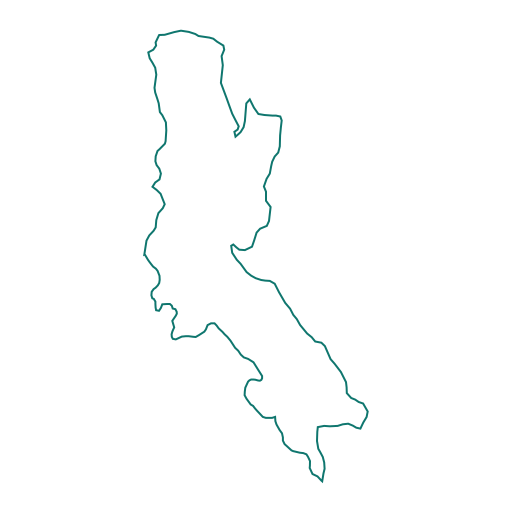 Beluru, Sarawak, Malaysia
{"feature_id": "92858781B6450115296433", "entity_name": "Beluru", "entity_type": "district", "adm_level": 2, "iso_a3": "MYS", "parent_name": "Malaysia", "parent_adm1": "Sarawak", "projection": "robinson", "projection_center": [114.255, 3.561], "detail": "fine", "context": "isolated", "style": "outline", "palette": "teal", "viewbox_px": 512, "rotation_deg": 0, "n_neighbors": 0, "source": "geoboundaries", "source_scale": "gbopen_adm2", "svg_char_len": 3252}
<svg xmlns="http://www.w3.org/2000/svg" viewBox="0 0 512 512"><path d="M172.3,320.9L174.2,327.4L173.0,330.0L172.3,331.7L171.6,334.3L171.8,336.8L172.8,338.8L175.8,339.4L181.8,336.6L185.8,336.2L188.6,336.2L193.4,336.8L195.7,337.0L199.0,335.1L204.3,331.7L205.9,329.4L207.6,325.1L211.1,323.3L214.5,323.3L216.6,325.5L218.7,328.4L222.5,331.9L224.6,334.3L227.3,336.8L230.5,340.7L235.1,347.8L238.2,350.7L240.8,354.6L243.8,357.4L248.1,358.9L253.5,362.3L258.1,369.7L262.1,376.0L262.1,378.3L261.3,379.9L259.9,380.7L258.1,380.5L255.2,379.7L253.1,379.5L251.2,379.5L249.5,380.3L248.1,381.6L246.9,384.2L245.3,387.7L244.8,391.6L244.6,395.2L246.5,398.7L250.7,404.5L253.1,405.9L254.9,408.3L256.9,410.6L262.8,416.9L265.9,417.9L272.0,417.9L275.1,416.9L275.4,421.2L276.5,424.5L279.6,430.0L282.0,433.3L282.9,437.4L282.9,440.6L284.6,444.1L291.5,450.4L293.1,451.1L299.8,452.7L303.3,453.1L306.4,454.3L308.0,456.8L310.0,461.1L309.9,465.8L309.7,468.0L312.5,474.0L317.5,476.4L321.3,480.5L322.2,481.3L323.5,473.3L324.6,468.8L324.2,462.5L322.8,457.0L320.3,452.3L318.3,448.8L317.0,441.0L317.3,431.8L317.8,427.1L324.2,425.9L329.8,426.3L337.7,425.9L342.8,424.3L348.2,423.7L352.8,425.6L356.3,427.7L360.4,428.6L363.3,422.5L366.6,417.0L367.7,411.5L363.1,403.5L358.7,402.0L355.2,399.6L351.2,398.0L346.8,393.1L346.6,387.3L346.0,382.1L340.9,372.0L334.4,363.5L330.6,359.2L324.9,346.1L321.4,342.7L315.2,341.5L311.7,337.2L307.1,333.5L300.1,325.0L296.8,319.1L293.3,314.9L290.1,308.7L285.2,302.9L279.0,292.2L274.7,283.7L269.8,280.9L265.2,280.6L261.2,280.0L255.7,278.2L251.2,275.7L246.6,272.1L240.6,263.8L236.8,259.8L232.2,252.8L231.2,245.8L233.3,244.5L236.3,247.3L239.3,249.7L244.9,250.1L252.0,246.7L254.1,240.6L256.6,232.6L260.1,228.7L266.8,225.9L269.0,221.0L270.6,207.0L266.0,200.8L266.0,191.7L263.9,186.5L266.6,178.8L269.8,173.6L271.2,166.0L272.2,161.7L274.7,156.5L278.2,152.6L279.8,146.4L280.1,135.4L280.9,127.2L281.7,120.5L280.3,116.5L276.0,115.6L272.5,115.6L264.4,115.0L258.4,114.0L253.9,107.6L249.8,99.4L246.3,103.4L245.7,111.0L244.9,121.1L243.6,127.2L240.6,132.1L238.7,133.9L235.5,136.7L234.4,131.8L237.6,129.6L238.7,126.3L235.5,120.2L232.2,113.7L229.0,104.9L226.6,98.2L220.9,82.9L222.8,65.2L221.6,56.1L223.2,52.2L224.2,49.7L223.4,45.6L217.1,41.7L213.3,38.7L209.4,37.6L198.5,36.0L195.3,34.0L188.8,31.9L181.0,30.7L179.4,31.0L174.2,32.1L164.7,34.8L159.2,35.0L158.9,35.5L155.6,42.4L156.1,45.6L153.3,49.7L148.3,52.4L149.7,58.3L152.5,62.8L155.2,67.7L156.3,74.7L154.5,87.8L155.2,92.5L157.3,98.8L158.7,103.3L159.9,112.1L162.3,115.2L165.9,122.4L166.3,130.4L165.6,141.2L164.9,143.7L159.5,149.2L157.5,151.0L155.7,156.3L155.4,161.3L156.6,165.1L159.3,168.7L160.9,173.6L159.5,179.4L155.2,182.5L152.5,186.8L156.8,190.1L160.6,193.8L164.7,204.2L162.8,208.2L158.4,213.1L156.3,220.1L155.7,227.4L153.6,230.8L149.3,235.4L146.5,240.6L144.3,254.7L144.8,254.5L147.9,259.7L149.3,261.7L151.2,264.2L153.1,266.6L155.9,268.7L157.6,270.9L159.5,275.8L159.7,279.9L159.2,283.0L157.8,285.4L155.6,287.7L153.6,289.1L151.7,291.8L151.4,295.3L152.3,298.3L153.8,298.9L155.4,301.6L155.4,303.8L155.6,307.5L156.1,310.2L159.0,310.8L160.9,307.9L162.3,304.3L167.0,304.0L169.9,304.0L171.8,305.7L172.7,308.5L175.4,309.2L176.7,311.8L176.8,313.7L175.8,315.7L173.0,319.8L172.3,320.9Z" fill="none" stroke="#0f766e" stroke-width="2"/></svg>